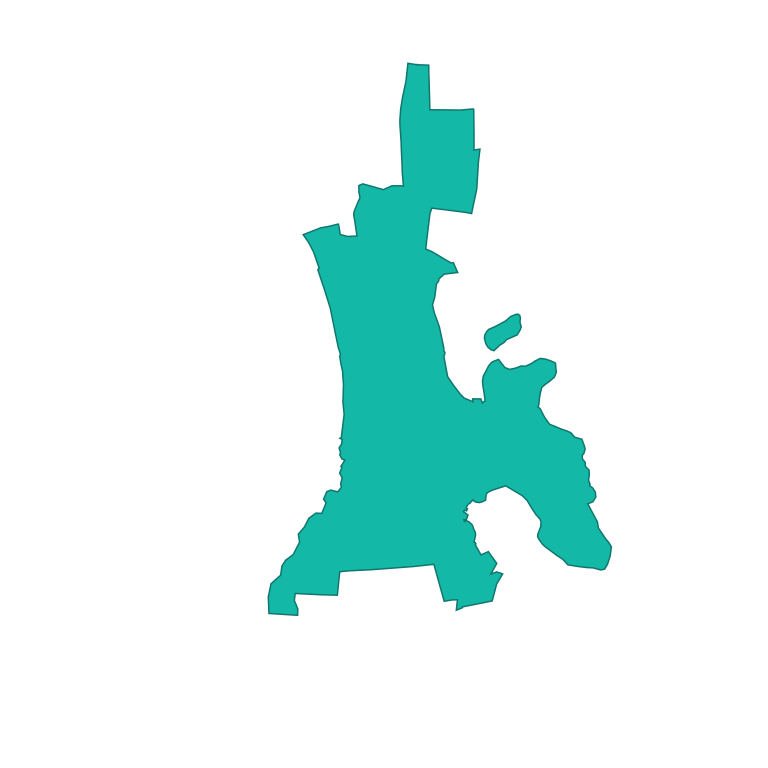 outline of Vaini, Tongatapu, Tonga, rotated 61°
{"feature_id": "48082658B87920107186750", "entity_name": "Vaini", "entity_type": "district", "adm_level": 2, "iso_a3": "TON", "parent_name": "Tonga", "parent_adm1": "Tongatapu", "projection": "albers", "projection_center": [-175.201, -21.199], "detail": "fine", "context": "isolated", "style": "filled", "palette": "teal", "viewbox_px": 768, "rotation_deg": 61, "n_neighbors": 0, "source": "geoboundaries", "source_scale": "gbopen_adm2", "svg_char_len": 4179}
<svg xmlns="http://www.w3.org/2000/svg" viewBox="0 0 768 768"><g transform="rotate(61 384 384)"><path d="M186.9,172.1L184.5,177.5L181.6,184.1L166.4,210.9L141.9,198.2L134.8,194.6L126.8,190.3L121.3,199.5L121.3,199.8L121.0,199.6L119.8,201.6L115.1,207.6L129.7,217.9L134.9,222.4L140.0,226.8L143.0,229.4L151.3,235.9L160.9,242.2L165.0,244.4L180.2,251.5L188.6,255.8L193.3,258.1L200.2,261.5L207.7,265.4L218.4,270.2L220.3,270.9L219.8,271.4L216.2,278.0L214.5,281.0L213.7,290.3L198.7,305.5L198.2,309.8L203.8,312.8L209.6,314.8L211.3,317.3L218.8,326.7L221.2,328.4L230.7,331.8L241.4,335.9L237.4,344.2L232.0,349.8L223.2,346.6L221.9,346.5L219.6,355.1L216.7,363.8L214.2,382.3L223.8,381.3L234.3,381.6L251.0,384.5L251.1,384.4L252.0,386.5L272.6,390.3L291.4,394.2L306.1,398.8L316.5,402.1L329.9,406.3L336.8,407.6L338.2,409.3L344.9,411.7L352.6,414.0L360.4,417.7L363.8,419.2L366.0,420.4L379.9,428.7L391.3,433.6L410.1,447.3L410.2,448.9L412.2,447.4L415.9,450.2L418.2,454.3L422.8,455.3L424.5,457.0L429.0,457.2L431.6,455.1L435.0,461.3L435.2,461.7L436.7,461.3L440.3,466.0L445.7,466.0L450.4,470.4L453.6,471.2L455.9,476.7L451.0,482.0L450.4,486.2L455.6,492.8L457.4,492.5L459.9,492.2L467.0,501.2L463.9,506.1L465.0,514.8L470.6,523.1L473.7,531.7L481.4,534.5L489.2,546.2L490.4,555.4L493.8,561.6L501.1,567.1L503.9,579.6L514.1,588.4L528.6,595.7L528.9,595.9L544.4,571.7L538.9,568.4L529.9,567.4L524.2,563.2L537.6,541.6L546.1,527.2L533.4,518.4L526.7,513.7L530.9,504.2L540.4,484.9L557.8,447.0L565.9,427.8L603.2,436.7L605.9,429.1L608.3,424.4L616.9,430.4L617.7,423.8L617.0,423.3L620.0,414.0L626.2,394.6L619.6,388.2L613.6,382.5L607.6,372.3L602.9,376.6L602.1,382.7L595.6,372.4L589.7,373.0L586.0,373.5L581.2,374.0L580.5,382.0L571.8,382.1L569.1,382.1L568.5,381.2L567.1,381.0L566.1,382.0L560.6,377.2L557.9,376.0L555.9,376.0L553.4,375.7L551.2,375.2L549.3,375.3L548.0,375.7L546.7,376.2L545.7,376.5L543.5,378.2L543.2,380.2L541.4,380.0L542.5,377.6L539.3,374.0L534.1,376.4L533.4,374.7L535.0,373.3L533.6,371.5L532.4,372.3L531.7,371.6L530.0,368.9L529.8,365.8L529.1,365.3L529.0,363.9L528.5,362.3L529.8,362.0L531.1,361.6L532.2,360.4L533.1,359.2L534.0,358.0L534.4,356.5L534.7,354.6L534.8,351.4L530.3,348.3L529.1,346.2L529.2,342.7L529.4,340.5L532.1,326.9L548.7,317.2L555.4,315.3L564.2,315.0L566.1,314.9L572.0,314.4L577.8,313.1L580.6,313.4L584.9,316.2L589.8,322.2L591.9,323.6L594.5,323.8L598.4,323.4L601.6,322.9L605.0,321.7L610.0,319.4L617.4,316.1L620.8,314.3L624.3,312.5L631.4,310.8L638.3,301.9L642.9,295.6L646.1,290.4L651.7,284.6L652.9,280.8L650.0,275.9L644.3,269.8L636.8,264.1L632.1,264.2L626.5,265.2L614.0,266.3L607.9,264.2L587.6,263.9L588.3,258.4L585.5,253.5L581.1,251.6L576.3,251.8L572.5,253.5L571.7,252.4L567.3,251.7L562.9,248.4L558.6,246.4L553.8,247.8L549.9,246.0L545.8,246.8L542.7,245.3L541.3,242.4L538.4,239.6L534.7,238.7L528.3,237.7L523.0,243.0L517.2,244.2L514.0,246.6L509.8,250.4L499.5,258.7L491.3,259.7L481.2,259.4L478.8,260.5L477.0,258.5L471.5,254.7L467.8,251.7L463.4,247.5L462.5,242.9L461.9,237.8L460.6,231.7L457.4,227.7L448.8,223.9L444.5,227.0L440.3,230.9L437.4,234.9L437.1,241.0L437.6,245.0L437.1,251.5L434.7,255.4L434.0,260.8L432.1,267.1L428.2,270.3L418.0,271.9L417.2,277.9L417.4,280.0L419.0,283.9L422.4,288.9L425.2,293.3L429.3,296.5L433.7,298.4L440.2,300.8L445.7,302.9L447.9,303.9L447.8,304.6L448.2,307.2L444.0,306.5L440.0,313.7L442.7,314.8L435.2,320.7L429.9,322.2L419.8,323.7L408.5,324.8L388.4,318.1L387.9,316.9L385.9,315.4L383.9,315.5L381.7,314.3L361.0,307.9L346.2,305.5L338.4,303.3L332.9,297.7L321.9,289.6L320.4,286.2L318.8,285.2L318.0,282.1L317.1,278.2L319.4,272.4L322.2,265.5L311.4,264.5L310.9,266.4L305.0,270.1L297.2,274.5L291.0,278.3L286.2,282.1L273.5,273.0L257.1,261.1L253.4,256.9L254.3,255.6L255.2,254.4L273.6,229.2L277.4,224.8L258.5,208.4L235.2,193.5L225.1,186.2L222.9,192.0L219.9,190.1L210.7,185.0L196.3,177.2L186.9,172.2L186.9,172.1ZM389.8,232.0L387.8,233.0L387.0,235.1L386.4,240.5L387.8,247.1L387.8,253.7L387.6,259.6L387.0,265.9L388.0,268.9L390.0,272.0L392.8,274.1L398.4,275.4L402.3,275.2L405.8,273.9L408.2,271.7L407.6,269.4L406.2,263.9L405.9,259.0L404.6,255.0L405.2,248.7L405.6,243.6L402.7,238.7L400.6,236.3L395.8,235.1L392.4,232.7L389.8,232.0Z" fill="#14b8a6" stroke="#0f766e" stroke-width="1.5"/></g></svg>